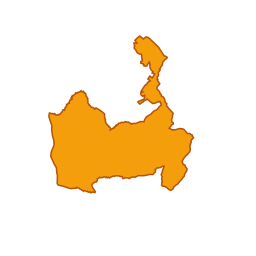 the district of Risaralda, Caldas, Colombia, rotated 124°
{"feature_id": "7082276B60229328321476", "entity_name": "Risaralda", "entity_type": "district", "adm_level": 2, "iso_a3": "COL", "parent_name": "Colombia", "parent_adm1": "Caldas", "projection": "mercator", "projection_center": [-75.767, 5.114], "detail": "fine", "context": "isolated", "style": "filled", "palette": "amber", "viewbox_px": 256, "rotation_deg": 124, "n_neighbors": 0, "source": "geoboundaries", "source_scale": "gbopen_adm2", "svg_char_len": 5888}
<svg xmlns="http://www.w3.org/2000/svg" viewBox="0 0 256 256"><g transform="rotate(124 128 128)"><path d="M80.3,122.0L79.3,126.1L77.8,126.8L76.5,126.8L74.6,126.3L73.5,126.4L72.6,128.9L71.7,130.5L71.0,130.5L71.0,131.2L70.7,131.2L70.6,131.6L68.9,132.3L68.0,132.0L67.4,132.2L66.3,132.8L65.2,133.9L62.3,133.7L62.0,134.0L61.6,134.9L61.2,134.8L60.7,134.4L59.1,135.0L58.6,135.0L57.8,134.7L56.8,134.9L56.5,134.8L56.3,135.1L55.5,135.1L54.8,135.8L53.5,136.0L52.6,135.7L52.2,135.9L50.2,135.6L49.0,134.8L47.5,135.0L47.4,136.4L47.9,138.6L44.1,147.4L43.3,151.2L41.8,160.4L41.7,161.9L42.0,163.3L42.4,164.0L45.6,165.1L45.2,169.7L48.3,170.7L51.4,171.3L52.7,168.1L54.2,170.6L56.0,168.8L56.2,168.3L56.9,168.1L57.4,168.2L58.4,167.4L59.1,165.0L60.5,162.4L60.3,159.9L59.4,158.5L59.6,158.1L60.2,157.3L61.6,156.3L62.3,155.4L63.1,155.1L63.4,154.2L64.5,153.7L65.7,154.6L67.2,153.7L66.3,151.3L66.9,150.8L66.7,149.9L67.5,149.6L67.0,148.2L66.1,147.0L62.8,147.4L61.4,147.2L63.1,145.1L63.5,145.2L65.0,143.9L66.2,143.1L66.5,142.1L67.2,140.6L67.4,138.6L68.9,138.8L68.3,136.0L73.0,135.9L72.7,138.9L76.2,139.0L76.5,136.0L78.9,137.1L79.6,137.2L80.8,136.9L82.5,137.6L83.7,137.8L90.0,137.7L89.9,135.9L91.0,137.0L91.8,137.0L92.6,136.5L93.2,135.8L93.6,133.8L91.6,132.4L92.4,131.8L93.1,131.9L94.8,130.7L100.3,134.3L100.9,134.3L101.6,132.2L101.6,131.5L98.6,130.5L98.1,130.1L97.0,130.1L95.7,129.2L94.0,128.5L93.3,128.5L94.0,121.4L93.4,120.6L92.0,119.3L91.1,118.7L89.4,117.8L88.2,116.1L88.7,115.8L89.3,114.3L89.7,114.0L89.6,113.6L90.7,113.3L93.0,114.1L94.8,114.0L96.7,114.4L97.3,114.6L98.9,115.8L101.8,116.5L103.6,116.7L106.8,118.3L108.7,119.0L112.4,118.8L113.8,118.2L115.7,121.3L119.5,123.8L121.7,126.7L122.8,127.3L122.6,127.9L122.8,128.8L122.9,131.3L123.8,132.0L123.8,132.8L124.3,133.1L124.3,133.9L126.0,134.8L126.4,135.4L126.7,136.3L127.1,136.7L128.6,137.4L129.2,138.4L129.7,138.5L130.5,138.1L131.8,139.3L132.1,139.3L132.5,138.9L133.0,139.6L133.7,139.1L134.4,139.4L134.8,140.0L135.5,139.7L135.9,140.0L136.2,139.7L136.9,140.5L138.0,140.8L138.4,141.2L139.6,141.6L139.3,141.8L138.5,141.6L137.5,143.3L137.5,143.7L137.8,144.1L137.5,144.5L137.6,144.9L137.1,145.2L137.0,146.6L136.2,149.1L134.7,150.8L133.7,151.3L132.1,153.5L129.9,154.9L129.4,155.6L129.3,157.2L129.0,158.4L129.1,159.4L128.9,161.5L129.2,164.3L129.2,165.5L129.4,165.9L130.6,165.9L131.1,166.5L130.7,166.9L130.6,167.6L130.7,168.9L131.0,169.4L131.2,170.6L130.6,172.2L130.8,172.8L130.3,173.2L129.9,174.8L129.1,175.7L127.6,176.6L127.1,177.4L126.0,177.7L125.6,179.0L125.0,180.1L125.0,180.8L124.4,181.0L124.2,181.5L123.2,182.2L123.2,182.6L123.5,183.6L123.4,183.9L122.9,184.0L123.1,185.1L122.6,185.6L123.9,186.6L123.9,187.0L123.4,187.8L125.3,188.4L125.8,188.7L126.4,189.5L127.1,189.3L127.9,189.9L127.7,190.2L128.3,191.1L129.5,190.8L131.2,191.4L131.6,191.3L132.1,192.2L132.8,191.8L133.2,192.2L133.4,192.0L133.9,192.1L134.2,191.9L135.1,192.0L135.1,191.6L134.5,191.2L135.2,190.5L135.9,190.6L136.4,191.2L137.1,191.2L137.6,191.8L137.9,191.5L139.7,191.3L140.3,190.5L141.1,191.5L142.2,191.4L142.8,192.1L143.6,191.4L144.2,191.5L144.6,191.2L145.0,191.2L146.6,191.5L147.6,190.8L148.7,190.6L148.9,190.7L148.8,191.5L149.5,192.1L151.3,191.6L152.5,192.0L153.6,191.7L154.9,192.4L155.8,192.5L155.8,193.4L156.9,193.9L157.3,195.0L157.8,195.5L157.6,196.1L157.0,196.5L157.0,197.0L157.3,197.3L158.3,197.9L158.3,198.8L158.9,199.2L158.9,200.3L159.5,201.5L161.7,200.6L162.7,200.0L164.5,197.9L168.2,193.0L169.1,192.1L171.3,190.9L173.5,189.1L177.2,185.7L179.6,182.7L181.5,181.2L183.5,179.8L184.6,179.4L185.7,179.3L189.5,178.5L191.7,177.8L194.8,176.1L199.3,168.7L200.9,165.3L205.4,161.6L206.5,160.2L213.7,155.6L214.3,153.9L212.2,148.1L211.3,144.6L210.2,141.4L207.3,138.0L206.9,137.3L206.1,137.5L205.6,136.1L205.3,134.9L205.4,133.8L205.2,129.4L204.5,129.5L204.0,128.2L203.7,126.6L203.2,126.3L203.4,125.3L203.2,124.8L203.0,124.3L202.1,123.8L202.5,122.5L201.6,122.2L201.4,121.8L200.9,121.7L200.1,119.6L199.5,119.2L199.2,119.4L198.5,120.7L197.4,123.6L195.9,126.0L195.2,126.2L192.1,125.7L191.0,124.9L190.2,123.9L188.3,124.3L187.5,125.0L185.7,124.1L184.7,124.0L184.7,123.2L184.2,122.4L183.0,121.1L182.4,120.9L181.5,119.8L180.8,118.3L181.3,118.3L180.7,117.0L180.1,116.9L180.2,117.1L179.9,116.8L180.0,116.7L179.4,115.5L179.6,115.3L177.9,114.5L176.1,113.3L175.6,112.2L174.8,111.8L172.7,108.7L172.7,107.6L172.6,107.2L171.6,106.1L171.4,105.5L172.3,105.0L172.7,103.7L170.7,102.3L169.4,100.1L169.3,99.1L168.9,98.4L167.0,97.7L166.0,96.7L164.7,94.4L161.5,92.7L160.8,91.2L158.1,87.5L154.1,83.7L152.9,81.6L152.3,81.2L151.8,81.1L151.2,81.3L149.7,80.8L148.3,81.0L147.2,82.2L146.4,81.9L144.7,81.5L143.9,80.3L142.8,79.2L141.1,78.3L139.7,77.3L139.5,76.8L140.1,76.5L143.3,75.8L146.6,74.6L147.8,74.5L148.2,74.3L149.4,72.4L149.7,72.2L151.1,71.8L151.6,71.5L153.1,69.6L153.8,69.8L153.9,69.6L156.5,68.3L156.9,67.1L156.8,66.6L155.8,64.7L155.7,63.7L155.9,63.0L155.8,62.7L156.1,59.6L155.9,57.9L155.7,57.6L154.6,57.2L153.5,56.6L151.3,57.0L148.3,56.3L146.9,55.5L144.7,55.4L144.4,55.2L143.5,55.3L142.3,55.0L139.8,54.7L138.3,54.8L137.0,54.5L136.2,54.5L134.8,55.2L130.6,55.4L128.8,56.2L127.8,59.0L126.9,60.0L127.2,61.3L126.6,63.1L125.8,64.1L125.2,64.5L124.8,64.3L123.7,64.7L121.4,64.8L117.9,64.3L116.6,63.8L115.4,63.9L114.0,63.6L112.7,63.7L110.7,64.5L110.2,65.1L109.5,65.5L109.4,65.9L108.7,66.3L108.2,67.0L107.3,66.8L106.7,67.0L106.5,67.4L104.6,67.5L104.2,68.0L103.2,68.6L102.4,68.8L101.8,68.8L101.2,68.3L100.8,68.6L99.4,68.3L99.2,68.5L99.0,69.9L97.9,70.7L98.2,72.6L98.0,73.7L99.2,75.4L99.2,76.0L97.9,80.8L98.2,82.3L99.4,84.7L103.3,88.1L104.1,89.6L104.9,90.5L105.1,93.8L104.4,93.6L103.6,93.7L102.5,93.4L101.6,93.7L99.5,92.7L99.1,92.8L98.5,93.1L98.3,93.5L98.3,95.1L96.7,96.6L95.8,96.7L94.2,97.3L91.7,98.6L90.7,98.6L90.0,100.6L89.3,104.2L87.9,108.7L86.2,109.3L85.7,111.7L85.2,112.4L84.5,112.8L83.2,114.4L82.6,116.3L82.8,118.3L81.9,119.0L81.6,119.4L81.6,120.8L81.0,121.2L80.3,122.0Z" fill="#f59e0b" stroke="#b45309" stroke-width="1.5"/></g></svg>